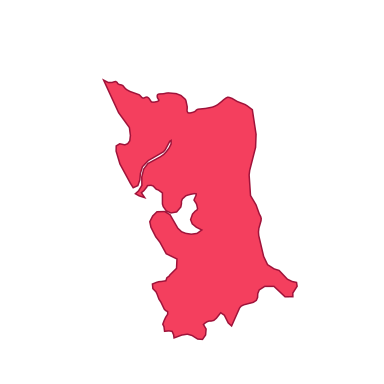 SVG path tracing the border of Bouches-du-Rhône, rotated 60°
{"feature_id": "FRA-5274", "entity_name": "Bouches-du-Rhône", "entity_type": "Metropolitan department", "adm_level": 1, "iso_a3": "FRA", "parent_name": "France", "parent_adm1": "", "projection": "orthographic", "projection_center": [4.982, 43.547], "detail": "fine", "context": "isolated", "style": "filled", "palette": "rose", "viewbox_px": 384, "rotation_deg": 60, "n_neighbors": 0, "source": "natural_earth", "source_scale": "10m", "svg_char_len": 3110}
<svg xmlns="http://www.w3.org/2000/svg" viewBox="0 0 384 384"><g transform="rotate(60 192 192)"><path d="M309.4,280.5L306.4,279.3L302.7,278.9L300.7,281.5L298.9,285.4L294.6,283.6L291.9,283.4L289.4,280.4L287.3,277.4L285.7,274.2L283.4,272.9L281.5,274.1L279.7,274.6L271.9,274.0L268.3,274.2L263.0,273.3L260.5,273.1L256.1,274.2L251.9,272.3L252.5,268.0L253.1,265.5L254.3,263.0L255.8,259.0L253.7,256.6L253.4,253.8L252.7,252.4L250.4,243.6L242.5,238.5L232.6,245.2L219.4,244.9L212.7,245.8L202.0,245.2L196.6,243.4L193.1,238.0L191.6,232.2L195.2,225.5L200.7,222.4L216.3,222.4L221.2,220.9L224.6,218.2L228.2,213.7L230.4,208.3L229.8,202.5L224.6,205.9L219.7,207.7L215.2,207.0L211.4,202.6L210.2,198.8L210.1,196.8L209.2,195.5L205.5,194.3L204.2,194.1L200.0,194.3L199.3,193.5L196.8,190.0L195.7,189.3L194.5,190.9L193.4,194.1L192.5,197.5L192.2,199.3L193.2,203.8L194.8,205.8L196.9,207.0L199.4,209.2L201.6,215.3L199.6,220.7L195.5,223.7L190.3,224.2L187.6,223.6L178.0,218.1L173.5,220.1L171.7,221.6L167.4,222.6L165.7,224.1L164.2,227.4L165.1,228.7L166.8,233.1L167.3,236.2L173.2,235.8L168.9,239.7L165.2,241.9L164.3,237.7L161.2,232.1L153.9,228.0L148.0,222.3L145.3,215.9L145.7,201.7L145.3,197.5L144.2,193.9L142.4,189.7L140.0,186.1L136.9,184.3L136.9,185.8L142.1,194.2L142.9,196.7L142.9,214.1L145.3,222.3L150.0,227.3L155.4,231.1L159.4,235.7L158.9,240.8L153.8,241.0L131.7,240.4L118.7,237.3L114.2,234.6L114.1,230.5L117.6,226.6L118.0,223.5L116.6,220.3L112.3,217.1L104.9,214.0L86.6,215.9L50.9,212.6L55.3,209.8L57.2,206.4L57.7,204.1L58.1,203.0L58.1,202.9L58.3,202.7L58.7,202.6L59.6,202.1L61.1,202.1L62.5,201.3L63.8,199.8L65.2,198.7L69.2,198.0L71.3,197.1L74.1,195.3L81.3,189.2L82.0,188.9L85.3,188.1L86.0,187.6L86.5,186.9L86.7,185.3L86.9,184.2L87.5,183.3L88.8,182.6L89.9,182.4L92.8,182.2L93.7,182.1L94.5,181.2L95.3,179.8L96.3,176.7L96.3,175.3L95.8,174.7L94.0,174.8L93.1,174.8L92.2,174.5L91.4,174.1L90.8,173.6L90.5,173.0L90.5,172.2L90.8,171.2L92.4,168.1L92.9,166.8L93.6,164.6L94.4,162.9L98.9,156.5L102.9,153.3L107.6,151.7L108.4,151.5L109.3,151.5L110.2,151.7L115.7,153.5L117.1,154.3L118.5,155.3L119.2,155.7L120.1,155.9L120.8,155.9L121.3,155.9L122.0,155.2L122.7,153.9L123.5,151.1L123.7,149.5L123.6,148.3L123.3,147.6L123.2,146.8L123.2,146.0L123.5,145.0L126.5,138.3L128.7,131.9L129.1,129.3L129.2,127.7L129.2,126.0L128.4,120.7L128.2,119.9L127.9,118.3L127.6,115.5L127.8,113.6L128.9,112.3L131.0,110.5L136.2,107.6L142.8,102.3L145.0,101.1L150.9,98.6L174.1,107.7L185.1,114.6L202.1,131.2L205.8,134.0L224.3,143.1L235.2,143.0L244.6,144.7L247.5,144.8L249.5,145.3L251.4,146.6L256.8,152.2L259.8,154.4L263.1,156.0L283.7,162.2L292.7,162.9L299.7,159.3L303.5,155.8L315.2,153.0L319.5,150.1L322.6,146.7L326.2,148.1L329.9,155.2L333.1,157.0L329.3,163.8L314.7,168.2L310.1,176.2L310.4,182.7L312.9,185.9L316.1,187.9L318.0,190.5L318.2,194.0L315.6,203.5L315.4,206.4L316.1,208.6L327.8,224.7L323.5,226.1L314.9,225.6L310.9,227.5L313.5,234.0L314.1,237.3L313.3,240.0L312.3,241.7L311.9,243.8L312.0,246.0L312.5,248.4L317.7,248.3L322.6,251.7L324.9,256.6L322.2,260.6L316.3,263.7L312.8,267.1L310.8,272.3L309.4,280.5L309.4,280.5Z" fill="#f43f5e" stroke="#9f1239" stroke-width="1.5"/></g></svg>